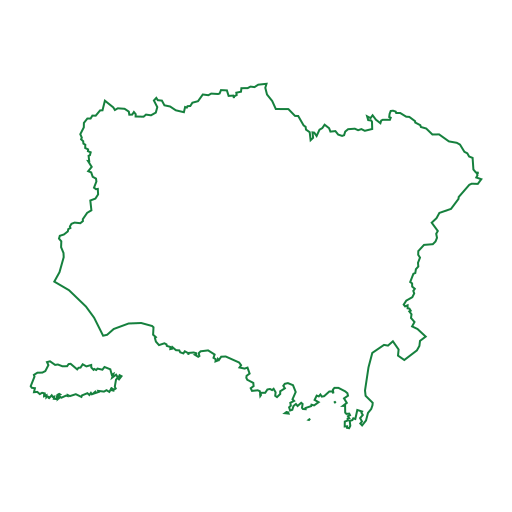 outline of Jember, Jawa Timur, Indonesia
{"feature_id": "22746128B56085237319005", "entity_name": "Jember", "entity_type": "district", "adm_level": 2, "iso_a3": "IDN", "parent_name": "Indonesia", "parent_adm1": "Jawa Timur", "projection": "orthographic", "projection_center": [113.624, -8.266], "detail": "fine", "context": "isolated", "style": "outline", "palette": "green", "viewbox_px": 512, "rotation_deg": 0, "n_neighbors": 0, "source": "geoboundaries", "source_scale": "gbopen_adm2", "svg_char_len": 5984}
<svg xmlns="http://www.w3.org/2000/svg" viewBox="0 0 512 512"><path d="M477.8,183.9L481.3,179.2L476.3,177.5L477.5,175.2L476.9,173.4L478.6,172.7L475.9,172.5L473.4,169.5L472.6,157.9L469.1,156.5L467.3,153.3L464.4,151.8L460.0,144.6L456.8,142.8L448.9,141.4L439.1,134.4L432.4,134.5L426.2,128.5L420.9,127.0L420.3,125.2L415.2,122.5L415.1,121.2L409.3,116.9L406.2,116.7L400.2,113.0L396.2,113.0L395.7,111.6L393.0,110.7L390.7,111.0L389.6,113.9L389.2,117.0L390.7,117.7L389.9,119.8L382.7,119.8L381.2,120.6L380.4,123.2L375.9,119.7L372.6,115.3L370.5,118.1L367.1,116.3L368.2,120.1L371.2,120.5L372.0,121.8L372.2,129.0L364.8,130.8L361.4,129.1L358.1,130.2L354.8,128.7L348.1,129.2L345.2,131.6L344.1,135.2L342.1,135.9L338.2,134.6L335.4,131.1L330.4,131.6L329.1,128.2L324.6,124.7L322.3,128.1L319.5,129.7L316.6,136.0L314.2,132.6L312.5,132.4L313.1,137.8L310.6,140.2L309.7,132.2L306.0,129.6L305.6,126.8L303.6,125.4L298.2,116.0L295.0,115.9L288.4,109.1L275.8,109.0L272.2,101.0L267.0,94.5L265.3,87.8L266.5,83.8L258.2,84.7L254.5,87.1L250.5,86.6L247.7,88.1L241.4,88.2L241.0,91.7L236.3,92.7L236.7,95.0L234.1,96.4L233.9,98.0L233.3,95.6L228.6,95.9L226.9,90.4L221.0,90.1L219.6,93.5L218.1,94.0L211.2,93.6L208.4,95.2L202.8,94.5L198.0,101.2L192.4,102.7L190.3,106.0L187.5,106.2L186.8,107.6L185.1,107.0L183.9,112.2L175.8,110.3L170.1,106.5L164.4,105.3L161.9,100.6L157.8,100.2L156.3,97.9L153.9,100.5L157.3,107.1L155.8,112.6L151.0,115.3L146.0,114.6L143.6,116.7L135.6,116.5L135.7,114.2L133.9,112.0L132.2,114.6L129.3,114.7L128.8,111.6L124.6,108.8L117.8,108.3L114.9,110.0L113.3,107.4L104.9,100.7L102.5,110.3L100.1,110.4L95.7,115.7L92.4,115.6L90.6,118.5L87.4,118.5L83.9,122.9L83.8,127.4L80.3,134.2L81.8,137.7L81.1,139.3L83.2,141.2L83.4,143.6L85.3,144.7L85.2,148.0L88.1,149.4L87.9,151.2L90.7,152.3L89.9,155.2L88.6,155.8L89.2,161.1L88.0,161.0L91.7,166.9L88.2,171.2L91.2,172.4L92.7,176.8L96.0,178.6L96.4,181.5L94.0,187.7L96.0,189.2L97.8,188.9L98.1,194.4L95.4,198.6L90.3,200.5L91.4,210.3L87.2,212.8L82.8,219.2L82.9,221.1L80.3,223.2L74.6,222.6L71.5,223.8L69.9,226.4L70.4,228.0L68.3,229.1L67.8,231.4L63.9,234.5L59.8,235.8L59.0,238.6L61.3,241.3L61.1,247.2L63.5,253.0L63.7,257.2L59.5,272.2L54.3,281.6L69.0,290.2L86.0,306.6L94.1,317.7L103.1,335.7L107.1,334.8L113.7,329.0L128.6,323.5L141.2,323.0L152.1,326.0L153.5,327.3L153.1,334.7L155.9,337.2L154.9,338.0L155.9,341.6L159.0,345.1L164.4,343.3L166.5,344.4L166.8,345.9L170.5,347.0L170.3,349.1L172.2,348.7L172.5,347.2L176.0,350.2L179.3,350.4L180.2,352.3L183.4,353.4L184.8,351.3L187.9,353.0L193.7,352.5L196.1,353.2L196.2,354.6L195.1,354.9L198.2,356.8L199.4,356.0L198.7,353.2L200.6,351.3L208.1,350.4L214.6,354.5L213.5,357.8L215.8,359.3L215.5,361.4L217.9,360.5L218.0,359.0L219.0,359.9L221.2,356.7L225.7,356.5L239.1,362.5L241.1,365.2L239.5,367.5L244.6,368.6L247.5,367.6L249.6,373.6L246.6,375.8L246.3,377.8L247.3,379.8L253.3,382.9L253.6,386.1L250.7,388.2L252.0,390.9L257.7,390.3L259.8,391.2L260.1,392.8L265.2,392.8L267.4,389.5L270.0,389.0L272.1,390.1L273.6,388.8L275.6,392.3L275.2,395.8L277.0,397.1L280.2,394.0L280.2,391.3L284.9,388.3L283.3,385.8L284.8,383.8L287.9,383.1L293.0,385.2L295.7,392.0L292.5,399.3L294.1,400.9L290.3,402.8L290.8,405.7L289.1,407.3L290.1,410.5L292.3,409.8L293.5,406.0L295.9,404.0L297.6,406.0L301.2,402.8L302.6,404.0L302.0,407.8L302.9,409.0L305.6,409.2L305.5,408.0L311.2,406.1L311.5,404.7L314.1,405.4L318.6,402.2L314.6,399.9L316.7,395.6L318.8,396.4L320.4,394.5L321.8,396.6L324.1,396.2L329.3,391.5L332.1,391.4L333.4,393.3L332.9,389.7L334.4,387.9L338.5,387.9L345.1,391.3L347.4,393.2L348.0,395.7L344.0,398.4L346.8,402.9L342.9,405.9L345.1,405.9L345.2,412.6L346.4,413.9L349.2,413.6L350.0,415.2L347.9,416.2L349.2,418.3L347.6,418.7L347.7,420.5L344.8,421.6L344.7,426.5L347.1,426.3L347.0,427.8L349.1,428.2L350.3,425.8L349.7,420.9L352.4,420.1L353.3,418.3L355.3,419.0L357.3,410.0L362.1,411.5L361.4,412.7L362.8,415.0L360.1,418.1L362.0,421.5L360.3,423.5L362.1,425.4L366.0,420.5L368.0,412.9L371.2,409.0L372.5,405.2L372.7,402.8L365.6,395.8L365.0,390.5L368.5,367.3L372.3,352.9L384.0,344.9L388.0,345.6L392.9,341.3L398.6,349.5L398.0,355.6L404.3,360.0L416.9,350.4L419.4,345.9L420.0,340.9L425.7,336.6L417.5,329.0L412.1,326.4L414.5,322.0L411.0,318.0L411.5,314.3L409.3,311.4L410.7,310.7L409.4,308.6L407.6,308.3L407.6,305.3L405.1,306.4L403.7,304.6L406.3,300.6L412.3,297.2L414.2,293.4L413.3,290.9L414.8,288.8L412.2,286.6L412.1,283.4L410.2,282.0L413.4,273.8L415.3,273.0L415.9,269.2L418.3,266.5L418.0,262.8L420.0,257.6L418.2,254.8L418.3,251.1L424.0,244.9L432.8,244.2L435.5,241.5L437.0,237.8L436.2,233.8L437.8,231.0L431.7,222.7L436.5,218.2L439.4,212.9L451.0,208.9L458.5,198.9L458.7,197.0L469.3,184.8L471.7,183.7L477.8,183.9ZM55.1,364.9L50.0,361.3L47.0,362.1L48.4,365.1L45.3,371.1L42.3,372.6L37.4,372.7L33.9,374.9L34.5,376.6L30.7,386.2L31.8,387.8L34.9,388.2L34.0,392.2L37.3,391.9L39.8,394.1L42.1,392.8L44.2,393.3L44.1,395.4L44.9,394.5L45.1,395.9L46.5,395.2L46.4,397.3L47.4,396.4L49.0,397.1L48.6,398.7L51.7,395.3L52.7,396.9L54.3,396.5L53.8,398.8L56.4,399.0L57.4,394.9L59.2,393.9L60.2,394.5L58.8,395.4L58.0,399.0L60.4,397.0L61.4,397.7L66.1,395.6L67.7,396.1L67.7,395.0L69.9,396.1L75.8,394.2L81.4,396.9L82.0,395.4L87.4,393.2L89.4,395.0L90.9,392.9L91.8,394.3L94.6,393.3L93.9,392.9L95.3,391.7L95.9,392.9L98.8,391.9L98.3,390.9L104.0,391.6L106.5,390.2L109.3,391.9L110.5,389.9L112.5,390.4L110.8,387.7L114.0,389.7L115.7,388.5L114.8,386.7L116.0,379.7L117.4,377.9L119.0,379.4L121.5,376.2L119.6,375.2L119.0,376.7L117.3,376.7L116.1,374.7L112.2,377.6L113.4,373.9L111.8,374.8L110.3,369.3L104.5,367.0L102.4,369.7L97.5,368.6L96.2,370.0L94.3,369.0L93.5,369.8L91.3,367.5L91.2,365.0L86.4,366.4L82.7,364.3L80.5,367.6L78.5,367.8L77.2,369.4L70.6,363.8L68.6,364.1L67.1,366.2L62.5,366.3L57.9,364.5L55.1,364.9ZM286.5,412.0L284.9,413.2L288.6,413.6L288.2,412.4L286.5,412.0ZM260.3,396.0L261.0,395.0L260.6,394.0L260.1,394.3L260.3,396.0ZM309.0,420.0L310.1,418.7L308.6,419.9L309.0,420.0ZM334.0,402.5L335.1,402.4L335.6,401.6L334.0,402.5ZM188.4,354.8L188.6,353.5L188.3,353.6L188.4,354.8Z" fill="none" stroke="#15803d" stroke-width="2"/></svg>